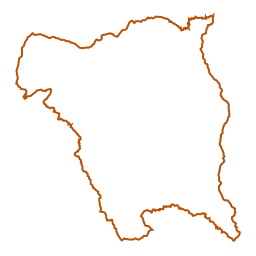 Samoeng, Chiang Mai, Thailand
{"feature_id": "78962969B23255460238511", "entity_name": "Samoeng", "entity_type": "district", "adm_level": 2, "iso_a3": "THA", "parent_name": "Thailand", "parent_adm1": "Chiang Mai", "projection": "natural_earth1", "projection_center": [98.669, 18.902], "detail": "fine", "context": "isolated", "style": "outline", "palette": "amber", "viewbox_px": 256, "rotation_deg": 0, "n_neighbors": 0, "source": "geoboundaries", "source_scale": "gbopen_adm2", "svg_char_len": 5735}
<svg xmlns="http://www.w3.org/2000/svg" viewBox="0 0 256 256"><path d="M53.8,111.7L59.2,113.5L58.8,114.6L59.2,115.7L58.2,118.2L58.2,119.2L59.5,119.7L60.8,118.6L62.0,119.7L63.2,120.2L63.4,120.8L65.1,120.6L66.6,121.2L68.4,123.1L68.4,123.9L69.0,123.3L69.3,124.3L70.9,125.1L71.4,124.8L70.5,127.0L72.6,128.3L73.4,130.1L74.9,130.9L75.4,132.1L76.4,132.5L76.8,133.8L77.8,134.4L78.1,135.1L80.5,137.3L80.6,139.0L79.7,140.2L79.1,139.7L78.8,140.7L79.1,141.9L78.4,142.5L79.6,143.6L79.1,144.8L79.8,145.7L79.5,147.0L80.1,148.5L78.2,150.3L78.2,151.4L77.4,151.4L74.9,153.2L74.8,154.9L76.6,156.3L78.3,156.3L78.8,156.7L79.6,159.0L80.6,159.7L81.1,161.4L80.8,162.0L81.5,162.5L81.3,164.1L82.5,166.6L82.4,169.5L83.9,171.5L84.9,171.4L86.6,172.2L87.0,173.3L87.7,173.8L87.6,176.0L89.0,176.8L89.1,178.7L90.5,179.8L90.8,184.1L92.5,185.4L93.2,188.1L94.2,188.1L95.6,189.9L98.2,191.7L98.2,193.6L100.4,195.6L100.5,197.7L99.7,197.9L99.1,199.4L100.0,205.6L101.0,208.1L100.9,209.9L100.2,211.5L103.9,212.3L104.8,212.9L106.0,215.0L106.2,217.6L107.2,220.5L108.6,220.1L110.2,220.6L111.5,219.7L112.2,220.0L112.9,224.1L114.3,225.5L114.6,228.3L116.0,228.7L116.3,231.0L117.9,235.1L121.4,240.2L121.9,240.4L124.4,238.4L125.9,239.1L127.8,239.1L129.2,239.6L133.2,239.5L135.2,238.4L138.6,239.7L142.5,237.4L143.9,235.8L146.7,236.0L147.7,234.4L148.8,231.3L150.8,230.0L152.4,229.8L148.4,226.1L145.8,225.8L145.2,225.3L144.0,222.7L142.5,217.7L141.0,216.2L142.9,212.8L144.3,211.2L147.2,210.0L147.9,210.8L149.2,210.6L151.5,212.5L152.2,211.9L152.2,210.8L153.1,209.5L154.8,209.6L155.3,210.8L156.0,210.2L157.2,210.0L158.5,210.0L159.3,210.5L159.8,210.0L159.7,209.0L163.2,209.1L163.1,208.5L164.1,207.0L164.0,206.3L166.0,207.0L166.3,206.3L168.0,206.7L169.7,206.1L170.3,206.9L170.8,206.7L170.7,205.8L171.5,204.7L172.7,204.3L174.7,205.8L177.3,205.2L178.8,207.2L179.1,208.7L180.6,208.1L181.3,209.2L182.1,208.9L183.5,209.3L185.4,210.5L187.5,210.2L188.9,211.3L189.1,213.1L191.4,213.7L192.4,215.0L192.9,214.9L193.1,215.8L195.1,215.4L197.4,214.0L200.7,214.3L202.0,213.3L203.0,213.8L203.9,213.4L205.5,213.9L205.7,214.9L204.9,215.8L205.1,217.2L206.2,217.3L206.7,218.2L207.7,218.6L209.5,218.0L209.9,221.4L211.6,221.5L213.5,222.3L214.0,223.7L215.8,225.3L216.0,227.5L216.8,226.7L217.3,226.8L217.1,227.7L217.8,229.1L219.8,228.1L220.7,229.4L221.9,230.2L221.9,232.5L223.9,231.9L227.2,234.1L227.8,236.4L229.2,236.8L229.8,237.7L231.9,238.3L232.8,240.2L233.6,240.6L234.2,240.6L235.4,238.4L237.8,236.8L239.1,234.9L239.7,233.4L239.7,232.2L239.0,231.6L237.6,231.5L236.3,229.0L236.9,227.5L235.1,226.3L236.0,223.4L233.1,221.4L231.9,218.8L232.1,217.0L234.4,215.5L234.6,214.0L235.4,212.7L234.8,211.2L235.0,208.5L231.6,206.6L231.0,204.5L227.7,200.4L224.7,200.2L223.6,199.5L222.8,198.2L222.3,196.1L219.3,190.7L218.9,188.6L219.1,186.0L221.1,183.5L221.0,182.7L219.5,181.2L219.0,180.1L219.2,177.4L218.4,174.9L219.3,172.0L220.4,165.6L224.3,161.4L224.0,160.0L223.0,158.2L224.3,156.7L223.5,154.4L223.5,152.7L222.2,149.6L221.3,148.3L221.2,146.8L219.9,145.0L219.7,143.5L220.5,140.6L220.3,139.0L221.0,137.0L221.0,134.6L222.6,133.1L222.5,129.9L223.5,126.6L224.8,123.6L226.0,123.0L227.5,120.4L228.0,117.6L229.4,116.1L229.1,114.7L229.4,113.9L228.7,109.3L228.7,104.5L227.3,102.0L224.1,99.9L222.4,98.2L221.4,96.0L220.6,95.6L220.8,92.9L221.8,91.5L221.8,89.7L219.9,87.4L219.4,83.8L216.3,80.2L215.2,79.9L213.9,78.7L209.3,72.9L208.9,69.7L207.6,66.9L207.5,64.4L205.1,63.2L204.8,60.2L203.1,58.1L202.9,56.1L203.3,54.3L200.5,49.1L202.2,46.9L202.0,44.8L202.9,41.4L201.5,38.4L202.1,35.4L203.6,34.0L206.0,33.3L206.5,28.8L207.6,27.3L208.0,25.1L210.3,24.8L210.8,24.1L211.8,24.0L212.5,23.0L213.1,21.7L212.7,19.9L213.3,15.4L212.3,16.6L211.3,15.8L208.7,16.9L208.8,17.3L208.0,17.6L206.5,17.2L206.1,18.3L205.6,17.1L205.5,17.8L204.3,18.5L203.1,18.6L202.8,18.2L202.3,18.7L201.8,17.6L197.7,18.1L197.1,17.4L196.1,17.8L195.3,16.8L194.0,18.8L193.2,18.8L192.8,18.2L192.0,18.3L191.8,18.8L191.3,18.4L190.7,19.6L189.9,19.9L188.9,18.7L188.7,19.2L189.2,20.6L188.6,22.5L187.7,23.0L188.1,24.0L188.9,24.0L189.1,23.5L189.6,24.3L188.5,25.3L188.8,26.1L188.2,26.8L188.7,28.5L187.7,27.7L186.2,28.7L185.9,28.3L185.6,28.8L185.0,27.9L184.1,28.0L183.2,29.9L181.6,29.8L181.3,30.3L180.8,29.8L181.1,28.1L180.7,27.4L179.3,27.8L177.6,25.7L176.8,25.6L176.3,24.9L174.5,23.8L173.5,23.7L173.3,23.1L171.5,22.1L171.1,21.4L170.5,21.3L170.0,22.0L169.6,22.0L169.1,20.1L167.2,18.7L164.4,18.4L162.2,17.2L155.9,16.6L153.7,18.2L152.8,18.3L151.0,17.6L149.1,18.5L148.0,17.5L145.1,20.2L142.4,20.3L141.0,21.9L139.1,21.2L135.9,21.2L134.6,23.0L133.8,22.7L132.5,20.8L131.6,20.8L129.5,22.1L126.7,28.6L125.6,29.6L122.1,30.3L117.5,36.6L115.4,36.3L113.4,35.1L112.8,34.1L111.3,33.9L110.5,33.3L106.5,34.1L105.7,34.6L103.4,34.8L101.6,35.7L101.7,38.8L100.7,39.9L98.8,40.5L97.0,39.5L96.3,39.7L94.7,41.9L94.2,43.9L92.7,44.5L91.9,46.1L88.5,47.7L86.8,47.5L81.9,48.2L79.4,47.6L75.2,43.9L70.2,42.2L68.7,41.2L66.2,41.1L63.9,39.9L61.0,39.9L58.6,38.5L55.8,38.1L55.0,37.3L53.0,36.9L52.0,36.9L49.9,38.1L48.9,38.0L47.1,36.9L40.6,34.3L38.7,34.3L35.5,35.0L34.0,34.7L33.0,33.3L32.5,33.3L29.1,36.6L27.7,37.0L27.1,39.3L25.2,41.7L23.9,45.7L21.8,48.0L22.1,52.4L21.9,56.0L19.1,58.5L18.3,65.1L16.5,70.7L17.4,76.5L18.0,78.0L16.6,81.4L16.8,82.7L16.3,83.6L17.0,83.8L18.7,86.7L20.1,87.2L20.9,88.9L25.3,89.6L26.3,90.6L26.2,93.9L25.4,94.1L25.5,95.2L24.7,95.0L24.3,95.5L24.8,96.6L23.6,96.8L24.0,97.9L25.1,98.8L26.6,97.5L27.2,96.5L31.2,95.7L32.3,94.4L35.8,92.0L36.6,90.8L37.5,90.2L39.3,90.2L41.0,89.6L42.8,90.9L43.6,90.5L45.5,91.2L46.0,91.1L46.5,89.9L50.4,89.0L51.0,89.8L51.1,90.8L50.3,93.9L48.0,96.7L46.8,98.9L44.9,99.7L43.5,101.8L44.3,104.0L45.4,104.2L46.2,105.3L46.1,106.2L46.9,106.3L47.5,107.1L48.5,107.1L50.0,108.3L52.1,107.5L53.9,108.0L54.2,109.0L53.9,109.6L54.8,110.7L53.8,111.7Z" fill="none" stroke="#b45309" stroke-width="2"/></svg>